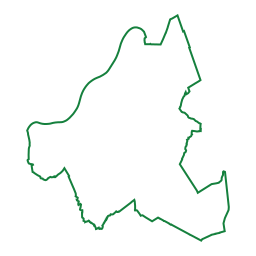 outline of Zwolle, Overijssel, Netherlands, rotated 90°
{"feature_id": "6326949B35922882821703", "entity_name": "Zwolle", "entity_type": "district", "adm_level": 2, "iso_a3": "NLD", "parent_name": "Netherlands", "parent_adm1": "Overijssel", "projection": "equal_earth", "projection_center": [6.14, 52.514], "detail": "fine", "context": "isolated", "style": "outline", "palette": "green", "viewbox_px": 256, "rotation_deg": 90, "n_neighbors": 0, "source": "geoboundaries", "source_scale": "gbopen_adm2", "svg_char_len": 5621}
<svg xmlns="http://www.w3.org/2000/svg" viewBox="0 0 256 256"><g transform="rotate(90 128 128)"><path d="M231.2,31.3L223.5,32.5L222.9,32.4L218.1,31.1L210.2,27.5L209.7,27.4L207.0,27.2L171.9,31.0L171.6,31.5L171.7,32.1L171.9,32.3L171.9,32.5L171.6,32.7L171.8,32.9L172.5,33.0L172.8,32.9L173.5,33.0L175.0,33.0L176.5,33.8L177.9,34.3L180.0,34.4L180.5,34.7L181.4,35.6L182.1,36.7L182.6,37.0L182.8,37.5L183.3,39.6L184.1,44.4L192.8,58.2L190.9,59.0L190.5,59.2L164.2,76.2L160.2,74.2L159.2,73.8L158.9,74.0L155.0,72.1L153.1,71.8L152.7,71.5L152.6,71.2L152.3,70.6L152.0,70.4L151.3,70.1L150.6,69.9L150.3,69.9L150.0,70.1L149.2,70.7L148.4,70.7L147.1,70.5L146.3,70.1L145.7,69.5L145.2,69.5L144.7,69.5L144.4,69.2L144.2,69.2L144.4,69.4L144.1,69.4L143.7,69.5L140.8,68.6L139.8,69.0L139.1,67.9L138.9,67.5L138.7,67.5L138.6,67.4L138.1,67.5L138.2,67.2L137.8,67.1L137.3,66.8L137.0,66.2L136.5,65.3L136.0,64.8L134.9,64.4L134.6,64.4L134.4,64.0L133.8,64.3L133.4,64.3L132.1,64.3L131.0,64.0L130.8,63.9L130.8,63.7L131.0,63.1L130.9,63.0L131.1,61.4L131.5,59.0L131.3,57.0L131.1,57.0L131.0,56.6L131.1,55.3L128.9,55.2L128.9,55.7L124.9,55.5L123.8,55.3L123.3,56.2L123.2,56.8L121.4,59.2L121.0,60.3L119.1,62.2L118.7,63.6L118.6,64.6L118.4,65.4L118.1,65.9L117.8,67.0L117.6,67.3L117.4,67.5L116.9,67.9L115.8,68.2L115.3,68.6L112.9,71.2L112.6,71.8L112.4,73.2L112.1,73.6L111.9,74.3L108.6,76.6L107.2,75.8L106.9,75.9L106.6,75.6L105.6,75.2L103.2,74.8L99.6,73.8L96.5,72.3L96.1,71.7L95.3,71.4L93.5,71.0L92.1,70.3L94.2,69.6L93.2,67.9L91.4,66.5L87.7,67.8L84.2,62.1L84.0,61.7L83.8,61.5L81.4,57.4L81.2,57.2L81.1,56.9L80.1,55.5L47.7,66.8L47.4,66.2L31.0,72.0L31.5,72.9L15.4,78.5L18.2,83.3L18.6,84.0L18.8,84.5L19.0,85.1L19.3,85.7L19.9,85.9L19.9,86.0L27.3,88.3L27.2,88.2L32.6,90.1L32.9,90.2L32.9,90.3L39.3,93.0L44.5,95.4L44.3,105.0L43.9,105.6L44.2,105.9L44.2,106.2L44.2,110.8L43.2,111.0L42.3,111.2L42.0,111.4L41.2,111.3L40.5,111.5L39.7,111.5L39.0,111.4L38.4,111.4L37.1,110.0L31.7,112.0L29.9,113.8L29.0,114.9L28.3,116.3L27.5,118.8L27.4,119.7L27.4,120.8L27.5,121.9L27.8,122.9L28.0,123.5L28.8,124.9L30.0,126.6L31.8,128.4L33.6,129.8L36.9,132.0L38.1,132.7L39.7,133.5L43.5,135.1L51.2,137.3L55.4,138.9L57.5,139.8L60.3,141.3L69.2,146.9L70.8,148.0L72.6,149.6L73.2,150.4L74.9,152.9L76.6,156.0L77.8,159.0L78.7,161.0L79.6,162.6L80.8,164.4L82.1,166.1L83.2,167.4L85.5,169.4L87.1,170.6L89.4,172.1L90.9,172.9L93.0,173.9L96.3,175.1L102.6,176.8L104.9,177.5L106.9,178.3L108.5,179.1L111.4,181.0L113.8,182.7L114.6,183.4L117.8,186.4L119.6,188.5L120.3,189.5L120.8,190.4L121.6,192.2L122.0,193.4L122.2,194.9L122.3,198.3L122.5,200.6L122.9,203.0L123.6,205.7L123.8,207.0L123.9,208.2L124.0,209.8L124.0,211.6L123.8,213.5L123.4,215.4L122.4,218.3L122.3,218.8L122.2,220.0L122.6,221.6L123.2,223.0L123.9,224.1L124.9,225.3L125.6,225.9L126.9,226.9L128.0,227.6L130.5,228.8L132.7,228.1L134.1,227.9L134.8,227.9L135.3,227.7L139.8,226.7L142.6,226.3L144.2,226.4L145.2,226.3L145.8,226.3L147.7,227.0L149.0,227.2L154.9,227.4L159.2,227.3L159.9,228.3L160.5,228.4L162.0,227.9L163.0,227.4L163.3,227.3L163.6,226.9L163.6,226.6L164.0,225.6L164.1,224.8L164.1,224.5L164.2,224.2L164.4,223.2L164.8,223.0L165.6,224.4L172.0,223.4L172.4,222.3L172.9,221.9L173.9,220.4L175.2,218.4L176.5,215.9L176.7,215.7L177.9,215.5L178.1,215.3L178.4,215.0L178.5,213.6L178.6,213.3L179.3,212.8L179.6,212.2L180.1,210.8L180.1,210.3L179.9,209.6L179.1,208.5L178.4,208.1L178.1,207.7L176.9,205.6L177.0,205.3L177.3,204.5L177.2,203.9L177.2,203.1L177.0,202.7L176.4,201.8L176.3,201.7L176.3,201.3L176.6,201.3L176.6,201.2L177.1,201.2L177.1,200.7L176.9,200.5L176.6,200.2L176.4,199.8L175.9,199.3L174.6,198.0L173.0,195.6L171.8,194.3L170.8,193.3L169.9,192.7L168.2,191.6L176.0,186.9L176.6,187.4L187.8,182.6L188.2,182.4L188.4,182.3L193.4,180.3L195.4,180.1L196.3,180.4L197.7,178.3L200.1,178.7L200.2,178.8L200.1,179.1L200.4,179.0L201.4,177.2L202.2,177.3L202.3,177.4L203.0,177.7L204.6,177.7L205.0,177.5L203.9,175.6L204.5,175.0L207.7,175.5L208.0,175.7L208.7,175.8L209.4,176.0L209.6,176.0L209.7,175.7L210.2,175.0L210.3,174.7L210.4,174.0L210.3,173.7L211.0,173.6L212.6,173.7L212.7,174.0L212.8,174.0L216.7,173.9L217.5,173.8L217.7,173.4L218.6,172.4L220.4,172.4L220.8,172.5L221.6,170.8L222.1,170.8L222.0,170.6L221.2,168.2L220.6,167.3L220.7,167.1L221.7,166.2L222.1,166.2L222.4,165.6L222.8,165.2L223.1,164.8L223.1,164.6L222.9,164.5L224.2,162.7L224.4,162.4L225.5,161.9L225.1,161.5L225.7,161.2L226.5,160.9L227.3,160.5L228.1,160.2L229.2,160.0L229.2,159.9L230.0,159.7L229.1,159.9L227.6,157.2L228.9,156.7L229.0,156.1L228.9,155.9L228.5,155.5L228.8,154.8L228.8,154.5L228.9,154.3L228.6,153.9L228.3,153.7L226.7,153.2L225.5,153.6L225.3,153.3L224.5,152.8L224.0,152.6L223.6,152.3L223.3,152.3L223.0,151.9L222.7,151.9L222.4,151.8L222.1,151.6L222.0,151.3L221.5,151.0L220.8,150.9L220.6,150.7L220.5,150.2L220.3,150.0L219.6,150.2L219.3,150.2L219.1,149.9L219.2,149.6L219.2,149.4L217.8,148.8L217.4,149.1L216.8,148.3L216.3,148.2L216.0,148.0L215.5,146.8L215.6,146.3L215.5,146.0L214.6,145.4L214.3,145.3L214.5,144.0L214.2,142.7L213.3,141.8L212.0,140.3L211.4,139.8L211.9,139.2L212.0,138.8L212.0,138.3L211.9,137.9L211.6,137.6L211.8,137.2L211.6,136.8L202.8,125.3L201.8,124.2L199.9,121.7L201.3,121.3L205.7,120.9L209.3,120.9L209.9,121.1L210.4,121.0L210.4,120.8L210.0,120.7L210.2,119.9L210.5,118.9L213.9,116.4L215.7,115.3L215.5,114.9L215.3,113.5L215.5,113.1L216.2,112.1L217.4,110.3L221.3,103.9L217.6,98.0L218.3,96.8L218.2,96.8L220.4,92.8L221.0,92.2L221.0,91.5L223.6,86.7L223.9,86.6L225.1,84.5L224.8,84.7L224.6,84.6L225.2,83.6L234.4,66.5L234.6,66.4L234.6,66.2L235.6,64.2L240.6,54.8L239.2,53.8L235.0,44.7L234.8,44.6L233.9,40.5L233.7,40.5L232.9,36.4L232.6,36.3L231.2,31.3Z" fill="none" stroke="#15803d" stroke-width="2"/></g></svg>